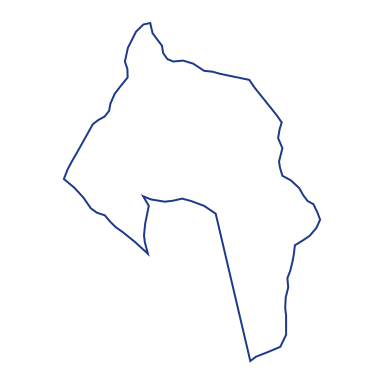 Araçoiaba, Pernambuco, Brazil (Mercator projection)
{"feature_id": "56859067B21879203827187", "entity_name": "Araçoiaba", "entity_type": "district", "adm_level": 2, "iso_a3": "BRA", "parent_name": "Brazil", "parent_adm1": "Pernambuco", "projection": "mercator", "projection_center": [-35.078, -7.801], "detail": "fine", "context": "isolated", "style": "outline", "palette": "blue", "viewbox_px": 384, "rotation_deg": 0, "n_neighbors": 0, "source": "geoboundaries", "source_scale": "gbopen_adm2", "svg_char_len": 1150}
<svg xmlns="http://www.w3.org/2000/svg" viewBox="0 0 384 384"><path d="M250.3,361.0L256.0,356.7L266.5,352.6L280.3,346.8L286.1,334.8L286.1,315.5L285.2,308.3L285.7,297.4L288.2,287.6L287.4,278.1L290.2,270.9L292.5,261.6L293.8,254.6L294.9,245.3L303.0,240.3L309.7,235.8L316.4,227.9L320.1,219.7L317.5,212.7L313.4,204.2L307.6,201.0L303.3,195.3L299.2,188.1L290.8,180.3L282.4,175.8L280.0,167.7L279.0,161.6L282.4,148.2L278.1,138.1L279.6,129.3L281.7,122.5L277.3,116.0L268.6,105.1L254.4,87.4L249.3,79.9L220.0,73.8L212.6,71.7L204.1,70.8L193.1,63.6L183.2,60.6L173.2,61.5L167.4,59.1L163.1,53.0L162.0,45.8L152.6,33.3L150.2,23.0L143.4,24.5L136.0,31.7L132.0,39.7L127.9,47.8L124.9,61.5L127.4,69.1L127.6,77.5L119.9,87.0L114.7,93.8L110.4,103.7L109.1,110.8L104.8,116.4L98.2,120.1L92.9,124.1L82.4,142.9L77.0,152.5L72.0,161.2L67.6,169.4L63.9,179.0L74.3,187.7L83.5,197.7L90.8,208.3L96.9,212.7L104.8,215.3L109.7,221.2L115.4,226.9L123.1,232.4L135.0,242.0L147.9,253.8L144.8,242.0L144.0,235.4L145.2,223.5L148.8,205.8L143.1,196.2L150.9,199.4L164.7,201.7L173.1,200.7L182.1,198.6L191.3,201.1L204.2,205.9L215.7,213.7L250.3,361.0Z" fill="none" stroke="#1e3a8a" stroke-width="2"/></svg>